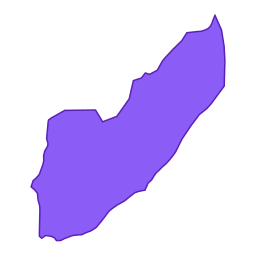 outline of At Taffah, Al Bayda', Yemen
{"feature_id": "15242507B13083201582519", "entity_name": "At Taffah", "entity_type": "district", "adm_level": 2, "iso_a3": "YEM", "parent_name": "Yemen", "parent_adm1": "Al Bayda'", "projection": "robinson", "projection_center": [45.345, 14.162], "detail": "fine", "context": "isolated", "style": "filled", "palette": "violet", "viewbox_px": 256, "rotation_deg": 0, "n_neighbors": 0, "source": "geoboundaries", "source_scale": "gbopen_adm2", "svg_char_len": 2132}
<svg xmlns="http://www.w3.org/2000/svg" viewBox="0 0 256 256"><path d="M224.2,86.1L224.9,60.9L224.1,46.4L223.5,42.4L221.5,30.0L215.2,15.9L215.0,15.4L214.8,15.7L214.4,16.7L214.0,17.7L213.6,18.7L213.2,19.7L212.8,20.9L212.4,21.9L212.1,22.9L211.7,23.8L211.2,24.7L210.8,25.6L210.2,26.4L209.5,27.2L208.8,27.9L207.9,28.6L207.0,29.1L206.2,29.5L205.1,30.0L204.2,30.3L203.1,30.7L201.8,31.1L200.9,31.3L200.4,31.3L200.2,31.3L199.9,31.4L199.7,31.4L199.4,31.4L199.2,31.4L198.9,31.4L198.7,31.4L188.9,32.5L187.4,32.7L187.1,32.7L186.9,32.7L181.8,40.7L178.6,43.8L172.8,49.5L167.8,54.9L164.9,58.0L164.2,58.9L162.6,60.7L157.3,70.2L153.2,72.4L149.7,74.3L145.3,73.0L141.4,78.0L139.4,78.7L136.0,79.7L135.2,80.0L134.6,80.2L133.4,80.6L131.1,90.6L129.2,98.9L116.8,116.4L102.6,121.8L95.5,110.0L64.5,110.4L64.4,110.6L51.4,117.9L48.6,119.9L48.2,121.5L46.6,138.6L48.0,143.7L47.6,146.2L44.8,150.9L44.3,153.1L43.6,155.4L43.8,160.5L42.9,164.5L39.3,174.4L36.5,177.7L33.1,180.7L32.8,181.7L32.6,182.2L32.6,182.4L32.3,183.2L32.1,183.9L31.9,184.3L31.7,184.9L31.5,185.6L31.1,186.8L34.7,189.9L37.4,193.2L38.1,200.2L39.7,205.9L39.9,209.9L39.4,231.9L39.4,236.3L41.3,237.9L41.7,238.2L42.2,237.9L45.6,235.5L50.8,236.2L54.4,237.7L56.0,240.0L56.5,240.6L60.7,240.5L63.6,239.0L66.5,237.8L69.9,236.5L71.8,235.8L73.7,235.4L74.7,235.2L75.1,235.2L81.1,234.7L82.1,234.6L85.7,232.8L90.2,231.1L90.7,230.9L92.3,230.0L94.2,228.8L96.1,227.5L97.2,226.2L97.8,225.5L101.3,221.3L104.5,217.2L104.7,216.9L107.5,213.1L109.1,211.1L111.3,209.2L114.1,207.2L114.9,206.6L117.1,205.1L120.1,203.4L122.8,201.9L125.5,200.2L126.5,199.3L129.3,197.0L134.1,193.2L134.5,192.9L138.2,191.5L143.5,190.4L145.0,190.2L145.3,189.6L145.5,188.8L145.6,188.6L146.0,187.9L148.0,183.2L151.7,179.8L153.7,176.4L156.1,173.0L158.9,170.4L162.3,166.9L165.1,164.6L168.7,160.8L172.1,156.7L173.6,154.7L174.9,152.9L175.7,151.7L178.9,145.3L178.9,145.2L182.2,138.7L185.6,133.6L187.2,131.3L188.0,130.1L190.7,126.1L191.2,125.4L191.3,125.1L192.4,123.8L198.4,115.8L199.2,114.7L199.5,114.4L204.4,110.5L206.9,108.5L211.6,103.2L214.0,99.9L216.7,96.2L218.6,93.6L224.1,86.2L224.2,86.1Z" fill="#8b5cf6" stroke="#5b21b6" stroke-width="1.5"/></svg>